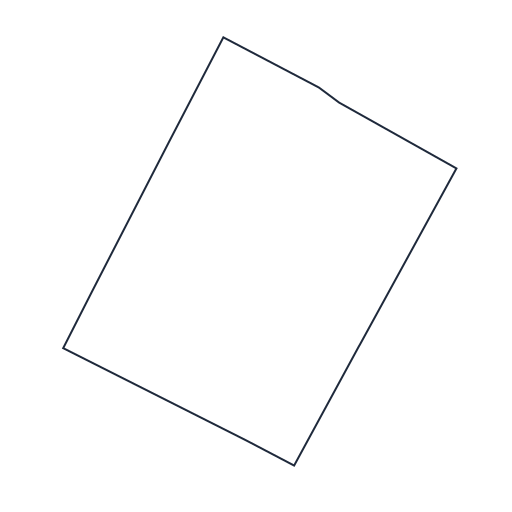 the district of Cortland, New York, United States of America, rotated 211°
{"feature_id": "52423323B21854369364698", "entity_name": "Cortland", "entity_type": "district", "adm_level": 2, "iso_a3": "USA", "parent_name": "United States of America", "parent_adm1": "New York", "projection": "orthographic", "projection_center": [-76.097, 42.599], "detail": "fine", "context": "isolated", "style": "outline", "palette": "slate", "viewbox_px": 512, "rotation_deg": 211, "n_neighbors": 0, "source": "geoboundaries", "source_scale": "gbopen_adm2", "svg_char_len": 318}
<svg xmlns="http://www.w3.org/2000/svg" viewBox="0 0 512 512"><g transform="rotate(211 256 256)"><path d="M115.4,96.0L121.3,231.7L121.3,233.4L129.3,434.3L213.9,431.8L263.7,430.3L288.8,432.8L396.6,426.6L389.3,308.5L378.2,140.1L373.8,77.7L169.1,92.9L115.4,96.0Z" fill="none" stroke="#1e293b" stroke-width="2"/></g></svg>